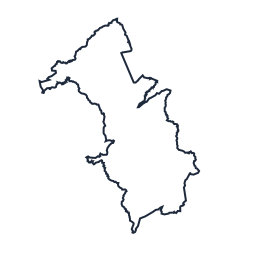 Tafí Viejo, Tucumán, Argentina (Natural Earth projection), rotated 235°
{"feature_id": "61730980B77291084066522", "entity_name": "Tafí Viejo", "entity_type": "district", "adm_level": 2, "iso_a3": "ARG", "parent_name": "Argentina", "parent_adm1": "Tucumán", "projection": "natural_earth1", "projection_center": [-65.4, -26.653], "detail": "fine", "context": "isolated", "style": "outline", "palette": "slate", "viewbox_px": 256, "rotation_deg": 235, "n_neighbors": 0, "source": "geoboundaries", "source_scale": "gbopen_adm2", "svg_char_len": 5878}
<svg xmlns="http://www.w3.org/2000/svg" viewBox="0 0 256 256"><g transform="rotate(235 128 128)"><path d="M214.6,90.2L212.6,91.2L215.2,83.6L217.1,82.5L212.0,80.2L207.6,80.1L206.2,78.1L205.2,78.8L205.1,79.2L206.5,80.6L207.0,84.5L205.8,86.6L204.9,86.2L204.6,86.5L205.1,88.4L204.9,89.2L203.1,91.1L202.9,92.4L204.7,94.6L205.0,95.3L204.6,95.4L204.8,97.0L205.1,97.0L204.5,97.4L204.4,98.2L202.8,98.9L202.6,99.8L201.6,99.1L201.1,100.0L201.1,101.0L201.7,100.7L202.0,101.6L201.8,102.0L201.9,103.1L201.5,103.2L201.9,103.6L201.7,103.7L201.3,104.1L202.8,104.5L202.5,105.3L203.0,105.3L203.3,106.0L203.0,106.2L203.7,106.8L203.3,107.1L204.1,107.3L203.5,108.3L202.4,108.7L201.6,107.2L201.7,107.5L199.9,106.9L198.7,108.8L197.7,109.1L197.6,109.8L196.0,110.5L195.2,111.3L193.1,111.4L192.2,112.0L189.9,110.8L188.2,110.8L187.7,109.6L186.2,108.8L183.3,109.6L181.0,111.7L179.4,112.6L177.7,112.6L176.1,111.7L175.1,112.1L173.6,111.6L172.3,112.3L170.6,111.8L169.6,112.5L168.8,112.3L167.9,113.1L167.3,114.4L166.1,115.6L165.1,115.8L164.1,117.2L158.5,115.6L157.8,116.1L155.1,114.8L154.5,114.9L153.9,115.6L154.0,116.4L153.5,116.5L152.0,115.5L150.9,115.4L147.8,112.3L147.3,111.4L142.9,110.6L142.6,108.9L142.1,108.2L138.3,105.4L137.2,104.9L134.7,105.1L130.7,103.3L130.0,102.2L129.5,104.2L128.3,106.2L126.7,107.2L126.2,108.9L125.4,109.1L124.3,107.2L125.0,105.9L124.6,103.1L123.5,99.9L121.6,97.6L120.1,97.3L118.5,95.7L118.4,95.1L120.4,92.0L121.5,91.6L121.9,90.7L122.8,90.6L122.2,89.6L120.8,89.1L120.9,87.8L122.1,87.3L122.1,84.2L125.7,79.8L127.4,79.1L126.8,78.2L127.8,77.7L127.8,77.1L126.3,77.7L126.1,77.1L125.3,77.0L124.2,76.0L123.8,76.5L122.4,76.1L121.7,76.8L121.8,77.5L121.3,77.7L121.7,78.9L120.6,78.3L121.4,79.3L121.0,80.0L120.7,79.2L120.2,79.4L119.8,79.0L117.9,79.1L117.7,79.5L118.1,81.7L117.0,84.4L117.1,86.4L116.8,87.8L116.2,88.1L114.4,86.9L113.3,88.1L113.0,87.5L112.4,87.4L112.0,86.9L111.1,87.0L111.2,86.4L110.8,85.8L108.5,86.4L108.4,85.6L107.8,85.6L106.3,84.3L104.2,84.7L103.2,83.8L102.0,84.6L101.0,84.5L101.0,83.9L100.4,83.4L99.3,84.1L98.1,83.0L96.3,83.3L94.3,84.3L93.0,85.6L91.5,85.9L91.1,87.0L89.3,87.4L88.5,88.5L87.5,87.4L86.1,86.8L84.0,87.1L82.2,88.1L80.8,87.9L79.4,90.3L78.4,90.8L77.0,90.5L77.0,89.1L76.1,88.0L75.4,85.6L74.7,85.4L73.6,83.6L72.0,83.4L71.1,82.0L71.2,80.7L69.3,79.1L67.3,78.6L65.1,79.5L63.7,79.0L63.0,79.7L61.4,79.4L61.2,79.0L61.4,78.8L61.0,78.5L59.9,79.6L59.4,79.2L58.4,79.5L58.1,80.1L55.5,78.6L54.7,78.7L53.8,77.9L53.1,77.9L51.0,76.5L48.4,77.7L46.7,78.0L45.9,77.3L43.3,73.4L42.6,72.9L40.9,73.0L39.8,71.7L39.1,72.2L38.8,74.3L40.0,76.1L40.8,76.4L42.0,80.0L47.0,86.0L45.7,91.5L45.0,100.2L45.0,103.8L43.9,106.0L44.2,108.9L43.8,110.9L41.6,107.4L40.3,107.7L38.6,106.4L36.3,108.3L34.6,112.3L34.9,113.2L32.7,116.6L32.8,117.4L32.1,117.1L31.7,118.2L30.7,118.7L31.5,121.1L29.9,123.1L33.3,125.4L33.6,126.0L33.6,127.1L33.0,128.1L33.2,128.6L32.9,129.1L33.2,130.0L34.7,130.0L35.1,131.2L35.3,133.8L47.2,139.7L48.2,141.8L50.4,142.6L52.3,145.0L52.4,146.8L55.4,152.7L55.2,153.1L54.2,152.9L52.2,155.0L51.1,159.6L52.0,161.6L55.2,161.3L56.3,160.5L58.0,161.3L59.0,160.9L61.7,161.7L63.0,163.2L62.6,163.7L63.1,165.4L64.3,165.5L65.5,166.5L67.5,166.3L69.2,167.6L70.2,167.1L70.7,166.0L72.8,166.0L72.8,165.4L72.3,165.1L73.1,164.4L72.3,163.4L72.9,162.8L73.8,162.6L74.9,160.6L76.6,160.4L78.1,159.6L81.0,157.1L83.4,156.9L85.1,158.5L86.2,158.6L88.1,160.0L90.2,160.7L90.6,161.8L91.4,162.5L93.8,162.8L94.2,164.1L95.6,164.8L95.7,165.4L96.3,165.5L96.2,166.3L96.7,167.5L97.3,167.3L97.7,168.1L99.1,168.4L100.7,169.7L100.8,168.9L101.2,168.8L101.9,170.2L102.8,170.4L104.1,169.2L104.7,168.1L106.2,168.0L107.0,168.6L107.8,168.2L108.4,166.9L109.4,166.6L110.4,165.1L112.0,164.3L112.7,166.3L114.1,166.2L115.0,167.3L116.2,166.7L116.8,167.5L117.9,167.0L119.3,168.0L120.4,167.6L123.4,169.5L124.1,171.1L125.2,172.2L126.3,172.5L127.3,173.6L129.0,174.1L130.0,176.0L131.1,176.6L131.5,178.4L132.5,179.4L132.2,180.8L132.6,182.5L134.3,184.3L137.6,181.9L138.2,178.3L138.9,176.8L138.2,173.1L140.0,171.7L139.1,169.3L139.7,163.3L140.1,162.5L138.7,158.3L139.3,157.4L139.2,155.2L139.5,154.6L139.1,153.1L139.6,151.8L139.1,151.5L138.8,149.0L139.3,148.1L141.3,151.5L141.1,153.1L140.5,154.0L141.2,154.8L141.0,156.0L140.7,156.2L141.0,157.4L142.3,158.5L142.3,159.0L143.7,159.6L143.9,160.3L144.5,160.2L144.4,161.5L145.4,161.6L145.1,162.7L146.3,163.0L146.3,163.7L146.7,163.4L146.8,163.8L146.4,164.4L146.8,164.9L146.4,165.3L146.6,166.5L146.1,166.8L147.1,167.7L146.8,168.9L147.7,170.5L147.5,171.3L146.7,171.4L147.0,171.7L146.7,172.7L147.7,173.6L147.6,174.4L148.0,175.7L149.6,176.8L149.6,177.6L149.1,178.0L149.9,178.2L149.5,178.7L149.8,179.0L155.1,175.6L155.4,174.5L155.9,175.3L156.7,174.6L157.2,173.0L160.2,170.2L162.7,170.2L161.6,164.1L161.2,163.7L160.9,160.2L162.0,158.8L193.0,165.4L193.3,165.5L193.1,166.7L189.5,174.2L189.7,175.3L190.6,176.2L196.4,177.6L196.1,177.9L198.6,178.7L198.7,177.9L199.3,178.6L204.2,179.8L206.2,179.1L207.6,180.7L212.2,181.1L215.6,182.3L216.5,182.1L217.2,181.1L218.6,181.4L220.8,179.9L221.8,180.2L223.4,181.5L223.4,180.4L224.1,180.6L224.1,179.6L224.8,177.9L224.1,174.8L223.7,174.7L224.1,173.3L224.9,172.8L224.2,171.4L223.3,171.1L223.1,170.6L225.0,168.0L225.6,165.3L225.4,164.5L226.0,162.6L225.3,159.1L226.0,157.8L225.7,156.9L226.1,156.0L225.4,155.3L224.2,155.2L223.7,153.9L223.6,152.4L224.4,151.3L223.6,149.9L223.6,148.7L223.2,147.7L223.7,145.8L222.5,145.1L221.9,143.8L219.6,141.8L219.1,140.3L219.3,139.4L220.7,136.9L220.6,135.4L220.0,134.3L220.7,133.9L220.1,130.8L220.3,129.3L217.7,126.5L217.4,125.4L215.0,124.9L214.4,123.5L215.4,121.9L215.0,120.4L215.3,119.3L215.6,120.0L216.0,120.1L216.8,118.2L216.1,114.8L216.5,114.2L217.3,114.3L218.1,113.1L219.1,112.7L218.8,112.0L219.1,111.3L220.2,110.5L221.7,110.5L222.4,109.7L221.8,109.7L222.8,107.7L221.4,106.4L221.7,105.3L220.8,104.1L221.1,103.8L220.7,99.7L218.6,98.7L216.3,101.5L214.5,100.6L214.3,95.4L215.1,92.2L214.6,90.2Z" fill="none" stroke="#1e293b" stroke-width="2"/></g></svg>